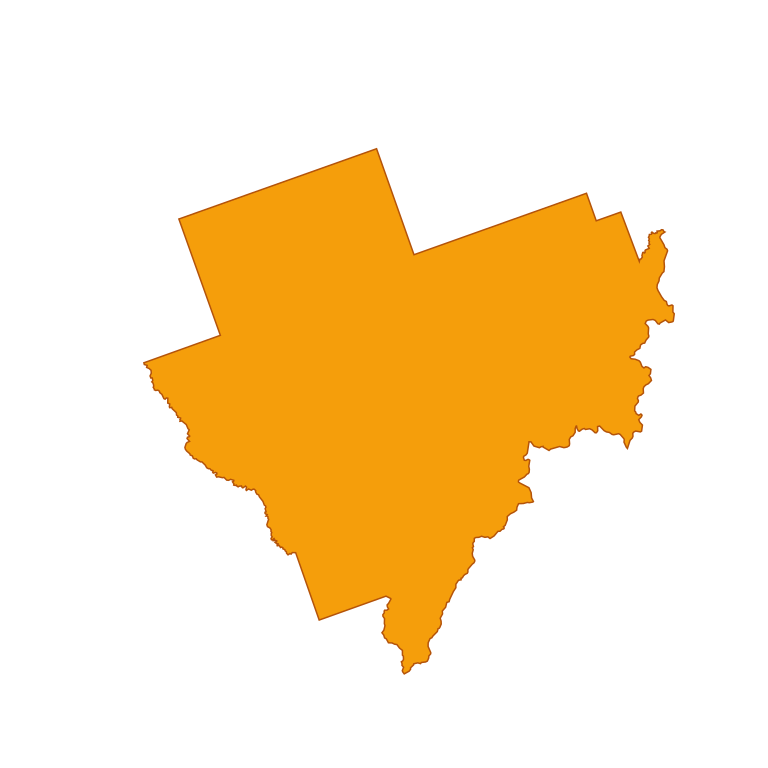 Catan Lil, Neuquén, Argentina, rotated 204°
{"feature_id": "61730980B52691065899930", "entity_name": "Catan Lil", "entity_type": "district", "adm_level": 2, "iso_a3": "ARG", "parent_name": "Argentina", "parent_adm1": "Neuquén", "projection": "orthographic", "projection_center": [-70.539, -39.454], "detail": "fine", "context": "isolated", "style": "filled", "palette": "amber", "viewbox_px": 768, "rotation_deg": 204, "n_neighbors": 0, "source": "geoboundaries", "source_scale": "gbopen_adm2", "svg_char_len": 6171}
<svg xmlns="http://www.w3.org/2000/svg" viewBox="0 0 768 768"><g transform="rotate(204 384 384)"><path d="M284.7,155.9L282.2,154.6L280.2,152.3L278.2,152.1L274.7,149.4L271.3,150.7L268.6,150.6L266.2,151.2L262.5,149.1L258.8,148.1L256.9,143.8L255.6,143.2L254.2,140.4L254.3,138.6L255.2,137.3L253.7,135.8L253.2,134.3L250.9,133.2L250.7,129.6L249.9,128.7L247.6,127.4L244.2,131.9L243.7,134.2L244.3,135.5L242.7,139.5L243.0,140.5L239.7,143.0L236.9,143.4L236.6,144.8L232.9,147.0L231.7,148.5L231.7,151.7L232.4,153.8L231.6,156.5L232.0,157.6L237.0,162.2L238.4,165.6L238.4,170.2L237.1,171.6L236.8,173.7L234.6,179.5L235.1,182.5L234.2,183.3L234.0,184.4L234.1,188.0L235.4,190.6L237.4,192.9L237.0,197.8L238.4,200.3L236.9,205.1L237.8,210.0L236.0,211.6L236.4,214.1L236.2,222.7L235.5,227.1L236.9,230.3L236.1,235.0L233.9,236.5L234.6,237.8L233.6,238.8L233.3,241.3L232.6,242.9L230.9,245.0L230.9,246.4L231.9,248.5L231.7,249.9L230.1,255.3L229.1,257.2L229.0,258.9L229.4,260.0L233.0,262.7L234.5,265.2L235.1,268.9L236.7,270.4L236.1,271.8L237.9,274.1L238.0,275.5L237.5,276.9L238.7,279.7L237.7,281.1L235.0,282.5L232.9,284.6L229.4,285.0L227.0,286.6L224.3,286.0L224.0,286.4L221.6,290.0L220.0,295.7L218.1,296.7L217.1,299.2L215.7,300.3L215.6,301.3L216.8,302.2L215.8,304.1L216.1,310.1L217.5,313.0L215.7,316.9L213.2,319.8L211.5,322.7L212.4,325.4L212.4,329.4L208.1,331.5L204.9,334.1L202.9,334.7L200.0,336.7L199.7,337.4L202.8,339.9L205.4,344.6L209.4,348.2L219.6,348.8L221.2,349.1L221.7,349.9L221.8,351.0L217.9,356.2L216.7,359.8L215.7,360.9L215.5,362.4L216.5,365.2L218.3,367.7L219.8,373.6L221.2,373.9L222.2,373.4L223.2,371.9L224.8,371.4L226.6,373.4L227.0,374.7L225.4,377.1L225.0,379.2L228.0,390.2L226.2,390.9L221.8,388.3L216.1,389.0L215.1,390.5L213.3,391.7L213.0,391.1L206.2,390.4L205.3,392.3L198.2,398.3L193.8,399.0L192.7,399.7L191.0,401.0L189.7,403.0L190.1,404.8L192.2,408.7L191.9,411.6L190.3,413.6L189.7,417.6L191.2,421.0L191.4,423.6L191.0,423.9L189.4,421.7L187.3,420.2L186.2,420.4L184.6,423.3L183.0,424.8L181.5,424.4L177.9,426.8L175.2,426.7L171.3,425.3L170.1,425.9L169.7,428.2L171.6,432.0L169.9,433.3L163.9,430.9L161.3,430.7L158.4,431.4L155.1,430.7L153.4,431.1L149.5,434.0L147.7,434.0L142.6,431.6L141.9,430.9L141.1,428.5L136.9,424.8L135.4,424.1L136.3,432.6L135.2,435.7L135.3,437.5L136.7,440.2L136.2,441.9L134.9,443.4L130.3,444.5L129.5,445.7L131.2,451.6L134.6,453.0L136.8,455.0L135.5,458.7L135.6,460.5L137.1,461.1L138.5,459.0L141.6,459.5L142.7,460.8L144.1,461.4L145.8,465.8L144.4,471.0L144.9,472.4L146.5,473.7L146.8,475.6L146.6,476.6L144.7,478.4L143.3,481.3L145.3,485.2L145.4,487.3L144.3,489.8L142.6,491.8L141.1,496.0L143.0,498.2L145.4,499.5L144.8,501.7L146.1,505.9L149.6,506.6L152.0,506.2L153.1,504.4L155.5,505.0L158.7,508.2L160.5,509.0L164.7,508.8L168.5,507.6L170.4,508.6L170.3,509.6L167.8,511.4L167.1,512.9L168.1,515.2L166.8,518.1L164.8,520.6L165.5,524.1L164.1,526.4L162.5,527.4L162.5,530.5L161.3,534.6L161.6,535.6L163.0,537.3L165.1,542.9L166.3,544.0L170.0,545.5L170.0,548.3L168.6,549.9L164.4,552.4L162.0,552.4L158.3,550.4L156.8,550.7L156.6,552.0L152.9,557.0L148.9,555.9L146.2,557.8L145.4,558.7L145.5,559.8L147.4,566.2L149.4,567.3L151.8,573.0L153.1,573.3L155.5,571.2L156.7,571.2L157.8,571.9L159.6,574.2L162.1,574.4L165.8,576.5L171.8,580.9L173.8,583.0L174.8,586.0L174.7,590.0L175.6,592.8L174.9,598.6L174.0,600.5L175.5,605.2L178.3,610.4L179.1,621.0L180.2,622.2L182.8,622.8L184.9,625.1L191.4,629.8L191.8,630.5L191.5,633.5L189.2,637.1L190.2,637.1L191.9,638.3L193.3,637.8L194.0,636.3L196.8,634.7L196.0,633.5L196.1,632.9L197.3,632.6L197.5,631.7L199.0,631.3L201.0,631.8L201.3,631.2L200.5,630.6L200.6,629.6L202.4,628.5L201.9,626.8L202.1,625.6L200.6,624.5L200.6,622.7L199.5,622.1L199.2,620.4L198.0,619.6L199.1,617.4L196.9,615.8L199.7,612.7L199.7,611.6L199.0,610.7L199.2,609.7L200.7,609.8L201.1,609.4L200.6,606.2L199.6,605.0L200.1,602.7L201.0,602.1L200.6,599.8L237.6,637.4L256.5,619.4L276.6,640.6L409.2,514.3L486.5,595.9L638.5,451.3L553.3,361.9L612.0,305.7L610.9,304.3L607.9,304.7L607.6,302.6L604.9,302.6L602.4,301.8L601.0,299.2L601.0,296.2L599.4,294.6L598.4,295.3L597.7,294.7L596.6,292.9L597.0,291.5L595.7,291.1L594.5,289.9L593.5,288.4L593.5,287.1L591.7,286.0L591.5,285.3L590.0,285.2L588.1,286.4L586.3,286.1L585.3,284.9L582.7,284.2L579.1,281.1L577.8,281.1L577.2,282.7L575.7,283.1L573.8,278.6L571.6,278.6L570.8,275.8L570.1,275.2L568.4,276.3L567.5,275.3L562.1,273.4L560.9,271.3L559.3,270.9L558.9,269.7L556.0,270.2L555.6,269.2L555.9,268.3L555.3,268.0L555.2,267.0L553.6,268.0L548.1,266.5L544.9,263.5L543.3,262.9L543.3,258.6L540.3,257.4L540.3,256.9L541.9,255.4L541.7,254.0L538.3,252.5L540.1,250.5L540.5,249.1L540.1,245.1L538.9,243.6L537.0,242.5L533.0,241.3L532.2,240.3L529.8,240.4L528.1,238.6L526.6,238.5L525.2,239.3L524.0,238.7L520.0,238.2L518.7,238.8L514.3,237.2L511.9,235.4L510.0,235.2L508.7,235.8L506.6,234.9L505.1,235.3L504.7,235.1L504.6,233.7L503.7,233.2L501.9,234.7L500.7,234.8L500.0,233.9L501.0,232.4L499.0,230.9L497.5,231.9L493.5,232.7L492.1,233.6L488.6,232.2L486.8,232.8L485.4,234.5L482.0,234.9L481.8,234.1L482.6,233.0L480.5,231.7L480.2,230.5L478.6,230.8L477.6,231.6L476.7,230.8L475.4,230.7L474.8,231.7L472.7,232.9L471.6,231.8L470.7,231.7L469.0,234.4L467.6,233.9L467.1,231.2L466.4,230.8L465.0,233.0L462.0,233.0L460.8,234.7L459.8,235.1L457.8,234.4L457.5,233.3L455.4,231.7L453.4,231.7L452.0,230.3L446.8,227.5L444.1,224.7L442.5,224.4L441.7,223.2L441.9,221.8L439.7,219.3L440.5,218.6L440.3,217.7L439.4,217.1L437.6,217.2L438.0,215.4L437.2,215.8L436.0,215.5L435.4,214.1L434.4,213.5L433.8,207.8L432.4,206.3L429.7,206.1L427.9,205.0L427.4,203.5L426.1,202.5L426.2,201.6L425.5,199.9L424.0,198.9L424.4,197.0L423.6,196.0L422.6,196.0L421.6,198.1L420.5,197.3L420.9,196.1L418.3,197.2L417.9,196.3L419.0,195.0L417.1,194.5L415.8,195.0L415.5,194.4L416.1,193.3L415.7,192.8L413.9,193.9L412.1,192.5L411.2,193.4L409.8,193.3L409.3,192.3L407.3,192.4L406.4,191.4L405.0,191.1L404.2,189.8L402.2,188.9L401.0,190.8L399.7,190.8L399.2,192.7L396.1,194.0L347.2,142.0L295.9,191.0L290.7,190.8L290.2,190.4L290.6,185.5L291.3,183.4L290.3,181.8L288.3,180.4L289.4,178.5L291.4,177.6L291.5,176.7L290.7,175.0L291.2,172.8L290.5,171.4L288.1,169.9L286.2,165.2L284.8,163.6L284.0,159.1L284.7,155.9Z" fill="#f59e0b" stroke="#b45309" stroke-width="1.5"/></g></svg>